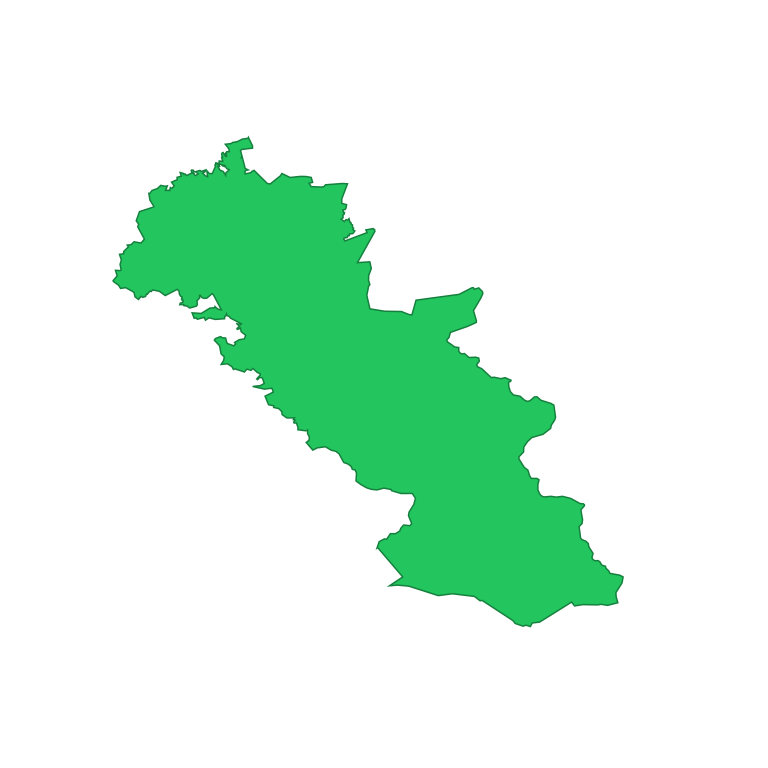 Jalpan de Serra, Querétaro, Mexico, rotated 109°
{"feature_id": "50627088B24192997994058", "entity_name": "Jalpan de Serra", "entity_type": "district", "adm_level": 2, "iso_a3": "MEX", "parent_name": "Mexico", "parent_adm1": "Querétaro", "projection": "robinson", "projection_center": [-99.37, 21.384], "detail": "fine", "context": "isolated", "style": "filled", "palette": "green", "viewbox_px": 768, "rotation_deg": 109, "n_neighbors": 0, "source": "geoboundaries", "source_scale": "gbopen_adm2", "svg_char_len": 6165}
<svg xmlns="http://www.w3.org/2000/svg" viewBox="0 0 768 768"><g transform="rotate(109 384 384)"><path d="M384.0,643.7L380.2,642.2L380.6,640.3L378.9,638.0L376.6,637.9L376.2,637.0L372.4,635.6L372.4,634.2L370.4,633.4L369.5,626.5L371.6,619.6L361.8,610.3L363.0,607.9L365.7,606.7L367.2,604.9L367.6,603.1L369.6,603.1L369.6,602.0L370.7,602.0L370.7,601.1L372.4,600.8L373.9,603.0L375.5,602.9L374.1,599.1L375.0,598.8L374.5,595.6L375.4,592.4L371.5,586.8L369.9,586.3L366.2,587.9L362.6,586.3L360.4,587.3L360.0,586.6L361.7,584.0L361.5,581.5L360.4,579.4L354.5,575.9L355.3,574.2L366.8,561.9L367.3,565.5L365.8,569.0L366.9,568.8L369.0,573.4L376.8,579.8L379.2,588.6L383.6,584.9L382.8,583.5L383.5,581.5L379.6,575.7L381.8,573.6L378.4,571.0L377.9,564.6L374.2,556.0L372.0,556.6L371.1,555.7L369.1,555.8L370.3,554.8L370.5,552.6L371.7,550.5L373.5,538.4L374.5,538.9L373.7,539.7L375.1,541.3L374.6,543.4L376.6,539.5L379.3,541.1L380.1,540.5L378.3,538.0L377.2,538.4L381.1,536.0L383.0,530.6L386.8,530.7L389.3,535.4L393.4,538.8L394.4,537.3L396.8,538.5L396.7,545.0L396.1,546.1L392.1,548.7L392.9,551.9L392.4,554.0L395.9,558.2L397.8,558.7L401.4,551.9L408.5,547.9L410.3,543.9L413.9,543.3L418.5,544.3L415.8,538.5L417.2,533.3L419.3,531.1L418.2,529.9L418.1,519.9L414.6,518.5L414.4,514.2L412.0,513.0L414.2,507.9L414.7,504.4L415.9,504.0L420.7,506.0L421.0,504.9L418.7,504.0L417.8,501.9L418.2,500.7L422.5,497.4L425.7,500.3L429.1,507.4L427.8,495.4L424.5,488.7L427.7,486.0L434.2,492.5L441.2,486.4L440.5,481.1L442.1,480.7L441.5,475.6L443.4,471.6L446.1,470.4L447.7,464.8L445.2,457.6L447.2,458.1L447.1,456.2L449.3,457.0L450.2,456.2L449.3,454.2L453.0,451.2L455.3,450.5L453.7,442.7L452.4,441.3L455.8,440.1L458.3,437.4L460.7,436.8L461.7,436.6L464.6,438.5L469.7,429.8L466.1,426.3L462.4,418.9L463.8,412.3L463.3,407.6L464.7,403.7L471.3,396.5L471.4,392.0L472.5,388.4L475.0,386.1L474.7,383.3L477.2,381.0L484.8,378.9L486.6,373.1L487.8,366.7L487.7,361.8L486.5,356.3L482.5,350.2L481.4,343.1L482.4,342.2L482.0,332.3L478.3,321.6L481.9,317.0L488.2,316.6L497.0,318.6L500.5,318.0L506.9,312.4L509.5,313.3L511.0,319.6L515.1,321.2L517.6,321.2L519.8,322.7L521.9,324.6L523.4,329.2L530.0,331.0L530.3,333.2L534.6,337.2L541.3,337.2L540.7,336.8L560.3,303.5L573.0,313.1L569.8,305.9L567.1,294.9L566.4,263.8L560.1,251.1L555.4,229.3L557.7,222.6L556.7,220.7L565.8,184.8L567.7,182.0L567.7,173.7L565.8,171.1L565.7,166.7L561.7,166.0L558.5,159.4L529.1,135.6L531.8,131.6L527.9,124.3L523.3,110.1L521.6,106.9L520.5,100.5L514.7,91.7L509.6,95.2L505.8,96.8L494.7,94.2L488.6,95.1L488.0,98.8L489.5,108.7L487.6,110.6L486.0,114.1L484.2,115.3L484.4,119.0L481.8,122.1L481.3,124.1L482.4,127.0L482.0,129.2L480.6,130.8L476.1,131.2L471.2,137.4L468.3,138.9L466.9,142.1L466.7,146.2L465.8,147.9L455.3,153.1L451.4,151.3L447.6,152.1L438.9,156.9L434.0,154.9L432.9,155.2L432.4,156.5L433.2,159.9L431.4,170.2L432.1,178.6L434.9,184.4L435.8,189.4L438.8,196.2L438.5,198.7L437.6,200.6L434.1,204.0L428.8,205.8L424.1,206.2L423.5,208.7L425.3,214.0L423.5,216.3L418.6,219.9L417.2,224.2L411.0,231.9L408.9,232.7L402.9,229.9L398.1,231.3L391.7,229.5L386.5,226.8L379.7,217.2L371.7,212.0L368.5,212.4L362.6,210.9L359.5,211.0L348.7,216.5L348.0,219.8L348.3,230.3L346.3,235.2L347.3,237.6L352.4,240.6L353.8,242.9L353.5,246.0L351.3,251.3L352.2,258.2L350.0,262.1L346.1,265.0L341.9,266.8L340.3,265.2L339.1,265.1L338.6,271.6L340.9,275.2L341.8,282.2L343.0,284.7L337.7,296.6L337.2,301.4L335.4,302.6L331.4,301.3L328.6,302.9L328.8,306.0L331.3,312.3L329.0,317.8L330.2,320.0L330.1,321.7L328.7,324.0L325.2,325.2L326.0,329.1L323.3,338.2L321.7,338.9L319.0,337.7L313.6,338.0L302.2,323.6L295.8,316.8L294.1,317.2L285.5,323.3L271.2,320.4L266.2,320.0L264.5,321.1L262.3,325.7L265.0,329.4L263.8,330.9L264.4,332.2L274.8,342.2L294.3,381.0L309.5,380.1L310.2,382.8L309.8,391.1L315.0,407.1L317.5,421.8L305.8,429.1L296.5,430.4L294.7,429.7L290.9,432.4L286.4,433.8L278.9,433.6L273.1,437.2L277.9,448.6L242.7,442.3L240.9,443.3L241.2,444.2L240.6,444.9L244.2,451.3L246.4,449.3L261.4,467.4L260.0,469.4L258.9,469.1L257.4,466.4L255.5,466.3L255.0,465.1L253.4,465.5L251.9,462.4L248.8,461.4L248.2,463.6L246.6,463.5L246.2,464.7L243.9,465.6L243.6,466.8L242.0,468.1L242.2,468.9L239.0,470.9L240.9,471.8L240.9,473.3L243.3,474.5L242.1,478.2L240.0,476.8L237.9,477.9L236.6,477.0L234.8,477.2L235.2,478.0L232.8,479.5L231.7,477.6L230.2,477.2L226.6,477.8L227.0,482.7L222.7,484.2L206.6,483.7L208.0,488.7L214.7,504.2L217.0,505.1L218.2,507.4L221.1,517.2L218.5,520.2L216.6,517.1L212.4,520.1L213.2,525.3L214.9,530.6L219.3,540.0L218.2,549.0L221.0,549.8L231.9,556.7L232.4,559.6L224.3,576.4L226.2,578.3L227.5,578.6L230.5,583.6L228.7,584.6L227.0,584.1L225.8,582.2L225.4,585.4L215.3,592.1L216.1,592.5L214.3,592.8L209.9,595.7L208.4,594.6L203.8,585.1L201.7,585.8L195.0,592.5L195.9,592.5L198.6,597.7L202.6,601.6L205.0,605.9L206.3,606.6L209.0,612.1L212.0,607.4L214.7,605.8L215.5,608.3L218.1,609.1L217.7,607.9L220.1,607.0L220.4,607.7L217.5,611.6L218.2,612.3L219.8,612.3L222.1,610.5L222.6,611.3L226.0,608.9L226.8,612.4L229.7,611.7L229.4,609.5L230.4,607.1L230.1,606.4L229.4,607.4L229.1,606.0L230.2,605.5L229.7,605.0L231.5,602.9L231.8,600.1L236.2,602.4L238.1,601.8L235.4,605.2L235.2,608.5L232.8,611.7L231.8,610.3L230.1,611.3L230.9,612.2L230.7,613.0L229.5,613.1L229.6,615.0L232.3,615.0L232.8,614.2L241.0,614.9L241.9,617.7L240.0,620.9L245.4,618.3L245.3,620.6L243.7,624.1L241.4,622.2L239.9,622.6L242.6,626.1L242.0,627.5L244.7,631.4L245.8,628.0L248.2,629.9L247.8,631.7L246.8,632.1L246.9,634.1L245.8,632.8L244.7,633.0L244.0,633.8L244.2,635.4L244.8,635.8L247.0,634.3L251.1,638.4L250.2,640.4L251.0,641.3L250.2,641.9L250.4,645.6L253.5,643.3L256.0,647.0L258.1,646.0L262.3,650.6L265.0,646.9L267.9,648.1L267.8,650.0L271.0,649.5L270.9,650.7L272.1,653.5L267.2,653.4L268.3,655.3L268.9,659.8L273.0,661.9L276.5,666.3L280.4,667.7L280.4,668.4L286.4,665.1L290.9,659.5L291.7,659.5L300.6,671.3L310.4,671.4L312.7,668.0L315.6,668.0L325.0,657.7L329.8,659.6L330.9,666.6L334.6,668.5L336.3,672.0L337.6,670.3L343.2,673.2L345.7,672.7L347.5,676.3L352.3,672.7L356.8,672.5L361.9,669.6L362.7,670.4L363.9,674.9L368.7,671.5L374.4,673.8L375.2,673.3L377.0,667.1L379.4,664.2L377.0,659.6L378.5,651.2L379.2,649.9L382.6,647.8L384.0,643.7Z" fill="#22c55e" stroke="#15803d" stroke-width="1.5"/></g></svg>